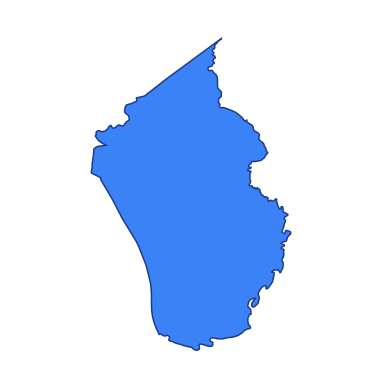 San Miguelito, Panama (Natural Earth projection), rotated 98°
{"feature_id": "35544464B70550696695084", "entity_name": "San Miguelito", "entity_type": "district", "adm_level": 2, "iso_a3": "PAN", "parent_name": "Panama", "parent_adm1": "", "projection": "natural_earth1", "projection_center": [-79.491, 9.058], "detail": "fine", "context": "isolated", "style": "filled", "palette": "blue", "viewbox_px": 384, "rotation_deg": 98, "n_neighbors": 0, "source": "geoboundaries", "source_scale": "gbopen_adm2", "svg_char_len": 6014}
<svg xmlns="http://www.w3.org/2000/svg" viewBox="0 0 384 384"><g transform="rotate(98 192 192)"><path d="M217.8,89.1L217.3,90.3L216.9,93.1L217.0,93.7L217.3,94.0L219.8,94.2L220.1,94.3L220.4,94.9L220.1,95.9L219.5,96.8L218.9,97.2L218.4,97.4L217.9,97.3L213.7,96.3L210.9,96.2L207.7,95.3L207.2,95.4L205.6,96.8L205.1,97.0L204.6,97.0L203.8,96.6L202.0,94.3L201.5,93.9L201.2,93.8L200.8,94.1L200.4,94.9L199.8,96.5L199.3,98.1L198.9,98.8L198.3,99.0L194.8,99.9L193.9,100.4L193.9,101.0L194.4,101.6L195.1,101.8L195.9,101.7L196.4,101.9L196.6,102.7L196.4,103.2L195.5,103.9L193.7,105.1L191.4,106.0L189.8,106.9L187.2,107.2L187.2,107.9L187.5,108.5L188.9,109.2L189.7,110.2L189.7,111.3L189.2,113.3L190.1,114.6L190.3,115.3L189.9,115.6L189.4,115.8L188.0,116.1L187.4,116.0L187.1,116.2L186.7,117.0L186.5,118.3L187.0,119.5L184.9,122.2L184.7,122.8L184.6,123.6L184.3,123.8L183.3,123.7L182.6,124.5L181.8,124.6L180.8,124.9L180.4,125.4L180.4,125.9L179.8,126.0L179.7,127.0L179.2,127.1L178.9,127.3L178.8,127.8L179.0,128.4L180.0,129.1L180.1,129.4L179.9,129.9L179.3,129.9L178.9,130.5L178.9,131.1L179.4,132.2L179.3,132.6L177.7,133.2L177.9,135.4L177.7,136.0L177.3,136.3L176.5,136.3L175.7,135.8L175.1,135.6L172.9,135.5L172.5,135.6L171.2,136.6L169.2,136.6L166.4,137.2L165.8,137.2L163.7,136.4L163.3,137.0L163.0,139.6L162.6,140.0L162.1,140.2L161.8,140.1L160.7,137.7L160.2,137.1L159.8,136.9L159.5,137.3L159.2,139.0L158.2,139.6L157.5,139.5L157.0,138.9L155.4,137.5L154.9,137.4L154.0,137.6L153.5,137.3L153.0,133.7L151.9,130.5L151.4,128.6L150.5,127.5L147.7,124.9L146.4,124.7L145.8,124.1L145.2,124.0L144.2,123.5L143.3,122.6L143.0,122.5L142.4,122.6L142.0,123.2L141.1,123.9L138.2,125.2L135.7,127.3L134.7,127.5L134.3,127.7L133.5,128.6L131.2,132.3L130.4,133.1L129.7,133.3L126.2,133.2L125.6,133.4L124.4,134.7L122.9,138.4L122.4,139.2L122.1,139.5L118.9,140.6L118.3,141.0L117.5,142.0L115.2,147.0L114.6,147.5L113.3,147.7L114.3,149.6L113.3,150.8L111.7,152.4L110.2,154.4L108.2,157.7L106.9,160.4L106.2,162.5L104.6,169.0L104.0,172.7L104.4,175.5L104.1,176.3L103.8,176.8L102.9,176.9L101.3,176.5L100.3,177.7L99.6,178.2L98.4,178.2L96.9,178.6L95.6,178.3L94.2,176.9L93.5,176.5L92.7,176.4L90.1,176.6L89.0,176.9L88.5,177.3L85.9,180.5L85.2,181.0L83.6,181.5L77.0,182.4L74.6,183.1L73.5,183.7L72.7,184.4L71.4,186.3L70.1,187.8L69.0,188.7L68.8,189.2L68.8,189.7L69.5,191.6L69.5,192.0L69.2,192.5L67.6,193.5L66.8,193.3L65.6,192.2L64.4,189.7L63.9,189.4L63.1,189.5L62.6,189.3L61.2,187.8L60.9,187.9L59.9,189.2L58.0,189.4L57.2,189.1L56.4,187.9L55.9,187.7L55.6,187.7L54.3,188.3L54.1,188.9L53.9,190.1L53.6,190.5L53.1,190.6L52.3,190.0L51.4,189.7L50.7,190.1L49.5,191.5L48.8,191.7L48.2,191.6L48.0,191.3L47.0,189.9L46.6,189.6L45.9,189.6L44.2,189.9L43.1,189.6L41.9,188.9L40.9,187.9L39.3,187.2L37.6,185.6L36.7,184.3L36.5,184.2L35.9,184.3L84.3,233.8L103.6,252.4L106.5,260.1L107.1,260.1L107.9,259.6L108.8,259.5L109.6,259.6L110.2,260.0L111.2,261.8L112.4,263.5L115.0,269.1L116.4,269.7L117.4,269.9L120.2,270.1L121.9,269.9L122.6,269.4L123.6,268.5L124.3,266.6L125.3,265.6L126.7,264.7L128.7,264.3L129.7,264.6L132.4,267.3L134.7,268.4L135.9,269.2L136.3,269.7L136.4,270.2L135.7,273.8L136.9,275.2L139.2,277.4L139.8,278.5L139.5,279.5L139.1,280.2L138.7,280.7L137.8,281.0L137.5,281.3L137.4,281.6L137.6,282.2L138.6,283.2L141.5,284.6L142.5,285.6L143.3,286.0L143.8,286.5L144.8,289.4L144.3,292.5L144.3,293.1L144.6,293.8L145.1,294.5L145.8,295.1L146.3,295.2L147.7,295.1L148.8,294.8L150.0,295.6L153.8,292.0L154.7,290.7L155.9,288.3L157.7,283.6L159.8,291.1L160.2,292.0L160.7,292.9L161.4,293.7L163.1,295.1L163.7,295.1L169.8,294.7L177.5,294.8L181.3,294.3L185.5,294.5L186.9,294.5L187.3,294.1L190.4,284.7L191.9,284.3L193.3,283.4L210.8,269.5L228.2,257.2L246.3,242.2L249.9,239.5L252.7,237.6L271.0,227.2L283.1,222.3L288.2,220.4L292.2,219.3L299.6,217.8L308.1,216.6L315.1,215.4L319.8,214.1L324.0,212.5L328.6,210.3L332.5,208.1L337.6,204.7L337.0,203.9L336.9,203.1L337.6,201.9L338.1,200.9L338.3,200.1L338.4,199.0L338.2,198.0L337.3,196.6L337.4,195.8L338.3,194.5L339.0,193.9L339.6,193.9L341.0,194.5L341.7,194.4L342.3,193.8L342.7,193.1L342.8,192.2L342.8,190.5L343.8,187.5L344.3,184.7L344.3,183.7L344.5,182.2L345.3,178.8L345.3,177.4L345.7,174.9L345.8,171.3L346.1,170.3L347.4,168.6L347.9,167.1L348.1,165.7L347.5,164.0L347.0,163.2L346.7,163.0L346.1,162.8L345.5,162.9L343.9,163.3L342.8,163.8L342.1,163.7L341.6,163.1L341.4,162.0L341.4,160.4L342.2,156.1L342.4,153.5L342.4,152.9L342.0,151.1L341.5,150.5L340.7,150.1L338.2,150.4L337.9,150.7L337.7,151.9L336.7,153.5L336.3,153.6L335.2,153.7L333.8,152.7L333.4,151.5L333.7,147.0L333.6,144.2L333.2,141.4L331.4,136.7L330.2,132.2L329.1,129.1L327.0,125.6L324.8,123.1L322.5,121.3L321.1,119.9L320.4,118.9L319.7,117.4L319.3,116.2L318.9,115.5L318.3,115.2L317.8,115.2L317.0,115.7L315.8,117.1L314.8,117.8L312.4,118.7L309.1,119.1L307.3,118.7L305.2,117.8L304.6,116.4L303.7,116.8L301.6,117.1L300.5,117.5L298.8,119.1L298.0,120.5L297.4,120.8L296.2,121.0L293.0,120.5L291.0,119.6L290.0,118.5L289.3,117.5L288.7,116.1L288.5,115.2L288.6,114.5L288.7,114.2L289.0,114.3L290.2,115.6L292.9,116.9L294.2,117.3L295.5,117.3L296.3,117.1L296.8,116.7L297.3,116.2L297.4,115.7L297.4,115.1L297.1,114.5L295.9,113.3L293.6,111.5L292.8,111.1L291.8,110.9L287.3,110.6L286.7,110.8L284.5,112.1L283.5,112.3L282.0,112.1L278.8,110.8L277.6,110.1L275.8,108.7L275.0,107.7L274.6,107.0L274.7,105.9L275.3,105.1L275.6,105.1L276.6,105.5L277.5,105.1L277.5,104.7L277.0,103.6L275.9,102.8L271.3,100.5L269.9,99.9L267.1,99.5L260.9,99.2L260.5,99.5L260.2,100.0L260.3,101.9L260.1,102.0L259.9,101.9L258.6,100.9L258.1,100.2L257.7,98.9L257.3,96.5L257.3,95.8L257.6,95.3L259.7,93.5L259.5,93.2L259.0,92.8L257.7,92.7L255.1,91.6L253.2,91.5L250.8,91.6L249.4,91.9L248.8,92.2L247.7,93.3L246.7,93.6L245.2,93.3L244.2,92.6L241.0,92.3L237.9,93.3L236.9,92.6L236.0,93.4L235.7,95.5L235.4,95.9L235.0,96.0L234.7,95.9L234.3,95.6L232.7,93.3L232.0,93.1L231.7,93.2L231.4,93.6L230.9,96.0L230.6,96.5L230.2,96.6L229.6,96.2L229.1,95.6L227.8,92.3L227.5,91.8L223.5,91.1L221.6,89.9L219.8,88.6L219.5,88.4L218.8,88.5L218.3,88.7L217.8,89.1Z" fill="#3b82f6" stroke="#1e3a8a" stroke-width="1.5"/></g></svg>